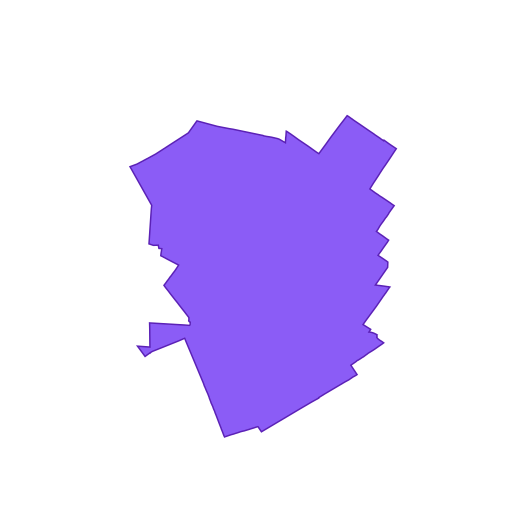 Maglavit, Dolj, Romania, rotated 34°
{"feature_id": "2599482B52050462021094", "entity_name": "Maglavit", "entity_type": "district", "adm_level": 2, "iso_a3": "ROU", "parent_name": "Romania", "parent_adm1": "Dolj", "projection": "albers", "projection_center": [23.135, 44.034], "detail": "fine", "context": "isolated", "style": "filled", "palette": "violet", "viewbox_px": 512, "rotation_deg": 34, "n_neighbors": 0, "source": "geoboundaries", "source_scale": "gbopen_adm2", "svg_char_len": 4886}
<svg xmlns="http://www.w3.org/2000/svg" viewBox="0 0 512 512"><g transform="rotate(34 256 256)"><path d="M358.8,398.7L365.5,384.5L378.0,358.0L383.7,346.1L387.3,339.0L387.5,338.5L387.2,338.3L387.4,337.9L389.9,332.3L400.2,310.6L402.2,306.8L403.9,302.4L405.5,299.3L406.1,297.8L397.4,294.2L395.7,293.5L395.8,293.1L396.3,291.9L396.7,290.9L397.1,289.9L397.6,288.6L398.1,287.2L398.4,285.9L399.0,285.1L399.3,284.3L400.0,282.8L400.7,281.0L401.5,279.4L402.0,277.9L402.4,276.7L402.9,275.5L403.2,274.4L403.5,273.6L404.6,271.2L405.6,269.0L406.6,266.6L407.9,263.2L409.9,258.1L410.4,256.6L407.7,256.5L406.6,256.6L405.2,256.6L404.0,256.5L402.9,256.4L402.2,256.1L401.7,256.0L401.5,255.2L401.1,255.0L400.8,254.7L400.7,254.4L400.6,254.1L400.6,253.7L400.2,253.7L399.3,253.7L398.0,253.9L396.7,254.1L394.6,254.7L392.9,255.5L392.2,255.9L392.1,252.7L383.1,253.0L383.1,251.1L383.2,247.2L383.9,230.5L384.0,220.7L384.0,218.0L384.1,217.2L384.1,216.3L384.1,215.5L384.2,214.6L384.2,213.7L384.2,212.9L384.2,212.1L384.2,211.2L384.2,210.3L384.2,209.5L384.2,208.6L384.2,207.7L384.3,206.9L383.5,207.2L383.2,207.3L382.8,207.5L382.3,207.8L381.9,208.0L381.4,208.2L380.9,208.5L380.4,208.7L380.0,208.9L379.4,209.2L378.9,209.4L378.4,209.7L377.9,209.9L377.4,210.2L376.9,210.4L376.4,210.7L375.9,210.9L375.4,211.2L374.9,211.4L374.4,211.7L373.9,212.0L373.3,212.2L372.8,212.5L372.3,212.8L371.8,213.0L371.2,213.3L371.5,191.8L368.7,187.3L366.8,187.2L356.8,187.2L356.8,185.7L357.0,181.5L357.0,178.7L357.1,174.5L357.2,171.2L357.1,168.7L355.6,168.7L354.5,168.7L352.1,168.6L349.9,168.5L345.7,168.5L342.1,168.3L342.2,165.8L342.0,163.4L341.9,161.8L341.9,160.1L342.0,157.8L342.1,155.7L342.1,154.6L342.1,153.1L342.1,152.0L342.3,150.6L342.3,148.3L342.3,146.7L342.1,145.6L342.2,144.3L342.2,142.9L342.3,140.0L342.4,137.0L342.1,137.0L340.6,137.0L339.1,137.0L337.6,136.9L336.0,136.9L334.4,136.9L332.8,136.9L331.2,136.9L329.5,136.9L327.8,136.9L327.4,136.9L327.0,136.9L326.6,137.0L326.2,137.0L324.2,137.0L323.5,137.0L323.0,136.9L322.4,136.9L321.9,137.0L321.3,136.9L320.8,136.9L320.2,137.0L319.9,137.0L319.7,137.0L319.4,137.0L319.2,137.0L318.9,136.9L318.6,136.9L318.3,136.9L318.2,136.9L317.1,136.9L316.2,136.8L315.9,136.8L315.5,136.8L315.2,136.8L314.8,136.8L314.5,136.8L314.1,136.8L313.8,136.8L313.4,136.8L313.1,136.7L312.9,136.7L312.7,132.4L312.6,129.5L312.6,127.2L312.5,120.3L312.4,117.7L312.3,112.0L312.4,108.3L312.4,104.5L312.4,100.3L312.3,91.8L312.3,88.6L303.9,88.6L297.3,88.4L297.3,88.5L297.3,88.8L297.3,89.1L297.0,89.1L296.4,89.1L295.9,89.1L295.3,89.1L294.6,89.1L294.0,89.1L293.4,89.0L292.7,89.0L292.1,89.0L291.5,89.0L290.9,89.0L290.2,89.0L289.6,89.0L289.0,89.0L288.3,89.0L287.7,89.0L287.1,89.0L286.4,89.0L285.8,88.9L285.2,88.9L284.6,88.9L284.0,88.9L279.3,88.9L268.5,88.8L261.4,88.8L254.6,88.6L253.1,88.7L252.7,95.5L252.4,99.7L251.6,115.9L251.5,119.5L251.4,123.7L250.9,136.0L248.3,136.1L237.4,135.8L232.1,135.8L229.6,135.8L226.2,135.8L223.3,135.7L221.1,135.6L217.1,135.5L215.4,135.5L212.2,135.5L211.3,135.6L211.5,136.0L213.8,139.9L214.4,141.2L215.3,142.7L216.1,144.0L216.3,144.5L217.0,145.6L216.9,145.6L215.4,145.8L210.9,146.1L209.8,146.2L208.0,146.7L202.5,148.8L200.3,149.8L197.8,151.0L195.4,152.0L194.3,152.2L192.9,152.8L166.0,163.8L162.8,165.3L155.8,168.3L151.3,170.2L131.5,177.0L131.4,178.8L131.4,179.7L131.1,191.5L131.0,192.0L124.5,207.2L115.8,227.6L111.1,236.6L105.9,246.4L101.6,252.4L141.2,272.3L142.9,275.5L160.5,305.8L164.4,304.7L164.9,304.6L168.9,301.7L171.3,304.0L172.0,303.6L173.8,302.6L174.5,304.1L175.8,306.9L176.8,308.8L176.9,309.0L187.1,307.9L196.9,306.8L197.0,309.0L197.0,311.3L197.0,313.8L196.8,316.6L196.7,320.0L196.5,321.6L196.5,323.9L196.3,327.0L196.3,328.3L196.1,331.8L198.8,332.8L203.0,334.1L205.8,335.1L209.5,336.3L213.8,337.7L217.1,338.7L219.4,339.5L224.9,341.3L227.8,342.2L230.7,343.2L233.7,344.2L234.7,344.5L235.9,346.2L236.2,346.8L236.5,347.4L237.2,347.7L237.9,347.8L238.5,347.6L238.9,348.3L239.7,349.6L239.8,350.0L239.7,350.3L239.7,350.6L239.5,350.8L235.3,353.2L205.2,371.0L207.0,373.5L209.6,377.2L211.1,379.4L218.5,390.1L219.0,390.8L210.6,395.6L208.2,397.0L220.2,401.3L222.3,395.5L222.5,395.6L222.8,394.4L223.2,393.5L223.8,392.5L224.5,391.5L225.3,390.3L228.3,385.9L239.3,369.7L242.5,364.7L242.9,364.1L244.0,364.8L245.1,365.6L259.0,374.7L283.6,390.9L286.1,392.8L286.7,393.1L288.4,394.2L289.7,395.1L291.0,395.9L293.1,397.2L296.1,399.3L296.9,400.0L299.2,401.6L301.2,403.1L302.8,404.0L303.4,404.5L303.8,404.6L304.6,405.2L306.2,406.4L308.3,407.7L310.0,409.0L311.8,410.2L313.8,411.6L315.5,412.8L317.9,414.5L320.9,416.6L323.1,418.1L324.1,418.9L326.1,420.2L327.5,421.2L329.6,422.7L331.1,423.6L331.6,422.9L332.7,421.5L333.6,420.3L335.2,418.2L335.6,417.7L336.5,416.7L337.7,415.2L338.2,414.5L339.7,412.7L341.4,410.4L343.0,408.6L344.0,407.6L345.6,405.6L347.1,403.8L348.4,402.1L349.4,400.9L350.9,399.0L351.8,397.8L352.7,396.7L352.9,396.5L353.1,396.4L358.8,398.7Z" fill="#8b5cf6" stroke="#5b21b6" stroke-width="1.5"/></g></svg>